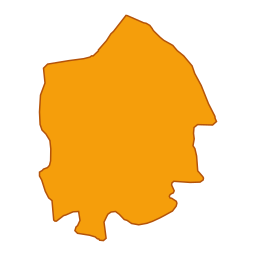 outline of San Rafael Las Flores, Santa Rosa, Guatemala, rotated 270°
{"feature_id": "79465075B42432820540382", "entity_name": "San Rafael Las Flores", "entity_type": "district", "adm_level": 2, "iso_a3": "GTM", "parent_name": "Guatemala", "parent_adm1": "Santa Rosa", "projection": "robinson", "projection_center": [-90.174, 14.448], "detail": "fine", "context": "isolated", "style": "filled", "palette": "amber", "viewbox_px": 256, "rotation_deg": 270, "n_neighbors": 0, "source": "geoboundaries", "source_scale": "gbopen_adm2", "svg_char_len": 1441}
<svg xmlns="http://www.w3.org/2000/svg" viewBox="0 0 256 256"><g transform="rotate(270 128 128)"><path d="M240.6,126.0L224.7,113.6L222.2,110.9L215.2,106.4L206.1,98.4L205.1,98.4L200.1,93.1L200.1,91.5L198.9,89.9L197.3,83.6L195.4,69.1L191.9,47.6L187.8,43.5L173.0,45.0L160.9,40.5L144.0,39.5L131.5,40.1L126.0,42.0L121.9,46.0L115.5,49.9L107.1,50.8L95.1,50.6L90.7,49.5L88.4,47.5L86.9,43.5L85.5,42.2L83.9,39.5L80.0,39.5L76.0,41.7L64.7,45.3L58.1,48.7L55.4,52.0L36.0,53.7L34.9,54.9L34.9,56.5L40.4,63.6L41.0,65.8L44.2,73.1L44.5,78.6L35.6,80.0L30.4,77.6L29.0,76.0L25.3,74.9L22.7,77.5L20.8,89.5L19.1,95.2L17.2,97.4L17.0,98.8L15.8,99.6L15.4,103.4L17.7,106.1L33.9,104.0L40.2,107.0L41.9,108.0L44.0,111.1L44.5,115.5L41.7,119.3L36.5,124.2L35.6,127.1L32.5,131.6L31.2,138.7L32.7,146.9L34.7,152.5L38.2,160.0L40.9,165.1L45.0,172.5L49.9,176.2L52.8,176.9L54.7,176.3L57.8,171.6L57.9,170.2L59.5,169.3L60.8,169.7L61.7,170.5L62.6,172.1L63.1,173.3L65.2,174.2L71.0,171.6L73.0,171.9L74.7,173.8L73.6,190.1L73.9,200.1L76.0,203.1L77.9,203.5L79.3,202.8L85.2,197.7L100.0,196.6L107.3,194.9L110.3,193.0L117.1,194.2L122.6,193.5L128.5,194.0L131.4,197.6L131.0,212.6L134.5,216.5L137.7,215.1L139.7,214.9L152.2,208.5L170.5,201.2L182.5,194.7L190.1,192.1L200.1,183.7L205.4,177.2L210.6,172.8L215.7,163.7L218.7,160.1L224.6,154.1L225.3,153.5L226.4,152.7L227.4,152.2L230.6,149.8L232.7,146.2L233.2,143.6L240.4,127.2L240.6,126.0Z" fill="#f59e0b" stroke="#b45309" stroke-width="1.5"/></g></svg>